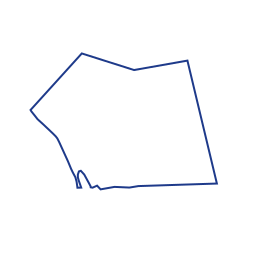 Rois, Palau (Robinson projection), rotated 336°
{"feature_id": "81905179B53206837764533", "entity_name": "Rois", "entity_type": "district", "adm_level": 2, "iso_a3": "PLW", "parent_name": "Palau", "parent_adm1": "", "projection": "robinson", "projection_center": [134.13, 6.908], "detail": "fine", "context": "isolated", "style": "outline", "palette": "blue", "viewbox_px": 256, "rotation_deg": 336, "n_neighbors": 0, "source": "geoboundaries", "source_scale": "gbopen_adm2", "svg_char_len": 571}
<svg xmlns="http://www.w3.org/2000/svg" viewBox="0 0 256 256"><g transform="rotate(336 128 128)"><path d="M157.1,77.5L116.1,41.1L46.3,71.9L46.5,73.6L48.2,80.1L49.0,83.3L52.0,90.1L57.2,102.6L58.6,106.3L59.2,108.8L59.4,112.8L59.6,134.1L59.4,142.0L59.5,146.2L59.9,151.6L59.2,156.1L58.0,160.4L57.5,162.0L61.0,163.4L61.6,156.2L62.1,152.8L63.2,150.2L65.5,147.7L67.5,147.9L69.1,152.8L69.9,162.8L70.1,166.0L69.8,167.0L71.4,168.1L76.3,168.1L78.0,172.9L91.7,176.3L105.1,183.0L113.9,185.3L186.6,214.9L209.7,90.6L157.1,77.5Z" fill="none" stroke="#1e3a8a" stroke-width="2"/></g></svg>